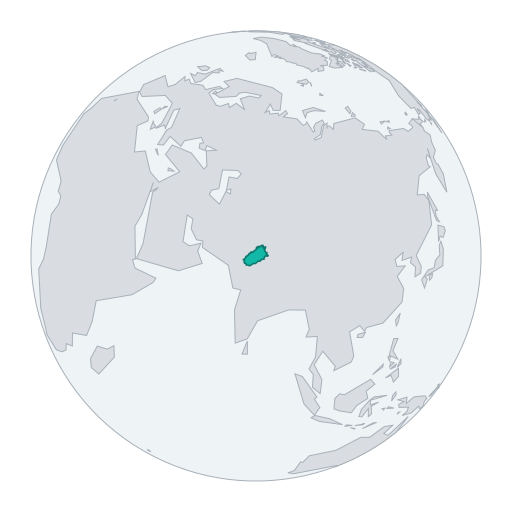 Punjab on an orthographic globe, rotated 27°
{"feature_id": "PAK-1113", "entity_name": "Punjab", "entity_type": "Province", "adm_level": 1, "iso_a3": "PAK", "parent_name": "Pakistan", "parent_adm1": "", "projection": "orthographic", "projection_center": [72.142, 30.862], "detail": "fine", "context": "on_globe", "style": "filled", "palette": "teal", "viewbox_px": 512, "rotation_deg": 27, "n_neighbors": 0, "source": "natural_earth", "source_scale": "10m", "svg_char_len": 14236}
<svg xmlns="http://www.w3.org/2000/svg" viewBox="0 0 512 512"><g transform="rotate(27 256 256)"><circle cx="256" cy="256" r="225" fill="#eef3f6" stroke="#a8b0b8"/><path d="M307.7,36.7L308.6,37.0L325.4,43.5L336.0,47.2L329.5,45.6L353.3,54.6L365.9,62.0L348.4,52.8L344.0,51.4L350.9,55.6L347.9,55.1L349.5,57.1L345.4,56.4L335.4,51.7L332.6,51.4L337.6,54.5L336.6,56.2L329.6,51.6L327.1,54.2L310.1,48.4L294.9,39.1L282.1,37.5L257.5,33.1L256.4,33.8L246.4,33.5L241.4,34.4L238.3,33.9L237.0,35.3L240.9,35.6L241.6,36.4L239.0,37.2L234.5,36.5L235.2,36.0L232.5,36.2L231.4,35.6L230.5,36.4L225.4,35.8L226.6,37.7L219.3,38.3L216.9,37.6L222.3,36.0L230.2,32.4L229.5,32.3L227.6,32.5L243.6,31.1L259.7,30.8L275.8,31.6L291.8,33.6L307.7,36.7ZM193.2,39.6L191.4,40.2L198.8,38.4L198.5,38.8L204.1,38.1L197.7,40.2L188.5,42.9L183.6,43.7L179.4,45.1L179.6,46.3L166.1,50.6L149.7,58.6L146.8,59.8L149.2,57.7L156.0,54.1L174.3,46.1L193.2,39.6ZM344.3,50.4L340.3,48.4L345.3,50.6L344.3,50.4ZM350.5,57.5L352.6,58.4L352.5,59.1L350.5,57.5ZM207.2,37.1L205.6,37.6L205.4,37.5L207.2,37.1ZM211.1,36.5L211.9,36.0L213.8,35.7L213.3,36.0L211.1,36.5ZM346.1,58.8L345.4,60.0L344.4,57.9L346.1,58.8ZM209.6,37.3L217.2,35.2L220.6,34.7L221.4,35.7L209.6,37.3ZM343.8,60.2L342.2,63.8L346.7,65.8L333.0,62.8L338.9,60.4L337.0,57.3L340.6,59.6L343.8,60.2ZM243.2,35.4L239.0,35.1L244.9,34.7L243.2,35.4ZM246.8,35.1L263.8,33.9L268.7,35.3L262.0,35.2L270.3,36.7L264.3,37.9L258.4,37.3L256.4,36.1L255.6,37.5L246.8,35.1ZM325.7,60.9L323.8,61.3L323.9,60.0L325.7,60.9ZM242.3,36.8L245.3,36.2L249.8,37.3L244.5,38.6L244.8,37.8L242.3,36.8ZM275.4,36.8L277.7,38.0L273.5,39.2L273.9,39.9L264.5,38.0L275.4,36.8ZM242.5,37.9L241.8,39.2L237.3,39.6L239.7,37.4L242.5,37.9ZM253.1,37.1L255.0,37.7L252.2,37.7L253.1,37.1ZM221.1,42.2L224.6,41.1L227.3,41.5L221.1,42.2ZM241.8,39.7L243.4,39.6L244.8,39.8L243.4,40.7L241.8,39.7ZM262.2,39.2L260.0,39.5L265.8,40.0L262.9,41.2L257.2,39.8L258.4,40.9L257.5,41.3L253.9,39.8L262.2,39.2ZM246.4,42.3L238.1,41.5L231.0,43.1L228.5,42.7L240.3,40.2L246.4,42.3ZM251.1,40.9L247.6,41.6L246.2,40.6L247.8,39.5L251.1,40.9ZM263.0,42.6L268.9,41.1L270.0,41.5L263.0,42.6ZM244.6,42.9L246.6,43.1L244.2,43.1L244.6,42.9ZM257.6,42.8L259.6,42.1L260.7,42.6L257.6,42.8ZM249.0,44.2L246.4,43.9L247.3,43.0L249.0,44.2ZM253.2,43.7L254.3,44.5L249.3,42.9L253.9,43.3L253.2,43.7ZM258.4,43.4L259.7,43.4L257.4,43.6L258.4,43.4ZM246.9,47.9L240.4,46.1L242.5,44.1L248.6,46.1L246.9,47.9ZM33.6,245.2L38.1,207.3L42.0,199.2L47.0,185.6L77.1,162.4L78.7,170.2L97.0,180.9L98.4,184.6L91.0,193.8L100.5,218.5L109.7,212.7L123.6,229.1L136.1,234.2L149.8,215.6L129.3,206.7L131.0,195.1L151.5,193.6L170.2,202.2L171.4,198.1L164.0,184.9L172.7,179.7L161.9,179.9L163.0,185.1L156.3,185.7L154.9,181.0L158.0,179.1L153.6,175.1L139.8,185.9L139.4,192.4L125.2,188.3L123.2,199.0L117.8,201.4L119.2,184.5L122.4,179.7L121.2,159.1L116.5,163.5L117.3,183.6L115.1,180.7L108.7,187.9L111.8,180.1L112.2,158.0L102.3,154.1L82.1,165.6L77.9,162.7L78.0,154.4L93.1,136.5L100.7,145.2L106.1,139.9L111.2,128.3L113.1,132.2L116.1,128.8L119.6,131.9L131.1,128.0L135.6,130.6L146.4,121.5L150.2,121.9L142.7,126.9L140.0,132.2L152.1,139.7L156.2,138.9L162.3,132.6L164.9,135.8L169.2,128.9L179.2,130.7L170.6,123.0L177.5,116.5L186.9,113.9L187.7,110.6L172.2,115.0L167.5,118.1L165.8,122.8L151.5,131.3L146.0,130.5L155.2,117.2L148.3,115.0L158.4,106.4L194.0,98.5L205.6,99.8L211.4,115.3L205.1,118.4L199.8,114.1L198.9,124.1L201.7,120.3L203.9,123.3L211.0,118.6L212.8,120.6L216.5,113.0L219.5,114.9L217.2,119.6L230.3,115.2L238.4,118.2L240.5,116.3L240.4,113.5L250.7,119.6L251.8,118.0L248.8,115.3L249.0,110.5L253.5,104.7L256.8,107.1L255.6,109.6L258.2,118.7L254.6,125.3L256.4,125.8L260.3,120.7L257.2,109.4L258.9,105.3L261.4,110.2L260.6,108.1L262.5,106.8L267.5,108.1L265.2,102.6L281.6,87.9L292.9,89.5L293.2,95.0L308.1,89.4L319.6,92.9L316.9,90.2L322.2,86.5L318.6,85.3L317.7,83.8L329.7,75.4L335.1,75.8L337.2,70.4L335.8,69.2L331.9,68.5L333.0,62.8L346.7,65.8L349.2,68.2L356.1,69.0L360.8,74.8L367.9,80.5L369.1,87.3L374.6,91.7L376.6,91.6L385.7,97.9L397.1,112.5L378.7,101.1L359.8,82.2L366.7,89.6L362.4,88.3L363.2,91.4L368.4,97.0L370.7,97.3L364.9,110.4L371.9,128.4L378.0,124.8L385.0,128.2L398.3,148.5L398.5,182.8L407.9,190.2L410.5,196.4L407.1,202.4L403.1,193.3L396.8,191.9L395.1,186.3L388.1,193.7L385.4,186.0L381.4,196.1L386.3,201.3L393.4,197.1L391.1,210.0L402.3,217.9L407.0,230.6L399.6,258.1L387.0,269.5L386.9,273.8L380.1,270.9L373.8,281.1L388.5,300.6L389.0,307.2L377.4,322.9L376.6,318.2L358.7,310.5L357.2,326.5L370.9,336.2L375.6,349.5L365.9,347.4L360.9,335.7L354.5,332.5L354.9,318.9L347.2,299.9L337.3,305.5L336.8,297.2L324.6,281.8L309.7,289.1L286.8,313.0L285.8,333.9L277.0,343.1L261.3,313.8L257.8,293.2L249.9,295.0L235.5,276.8L204.4,272.7L201.9,266.8L195.6,268.5L185.9,261.2L182.9,251.5L176.1,250.7L184.4,276.3L192.0,277.2L201.1,269.6L201.8,278.2L211.5,287.0L193.6,304.4L150.6,312.6L149.8,296.5L134.9,245.9L137.3,241.4L137.4,240.9L137.4,239.8L132.5,246.7L131.1,236.8L135.4,271.0L134.6,284.4L149.9,313.4L147.6,315.2L153.6,321.7L176.9,321.2L176.3,326.3L163.2,346.7L133.9,368.4L139.8,388.8L141.1,403.7L127.4,407.9L133.2,419.6L126.7,420.2L129.4,426.0L126.8,429.4L120.7,430.1L105.6,421.1L101.0,415.4L87.9,400.2L68.2,366.0L68.1,355.4L65.2,343.8L54.7,311.6L56.7,299.2L54.8,291.0L50.4,288.1L48.6,278.3L46.3,275.2L34.7,261.1L33.6,245.2ZM61.2,178.9L59.0,182.6L61.2,178.9ZM186.4,222.4L199.9,226.5L199.9,212.0L205.1,212.5L203.2,207.6L199.8,210.9L196.1,197.8L204.1,195.5L205.6,189.6L201.1,188.0L187.1,194.5L192.3,212.9L186.6,217.5L186.4,222.4ZM143.0,61.1L145.8,60.2L142.9,61.4L135.2,66.2L129.7,69.6L134.1,66.8L133.9,66.7L142.4,61.5L143.0,61.1ZM129.3,109.1L128.3,112.6L123.8,115.4L118.1,113.8L124.6,109.5L129.3,109.1ZM128.0,117.1L138.7,105.2L142.7,106.3L138.6,107.6L140.2,109.5L134.1,112.2L127.5,125.5L123.0,129.0L114.9,123.0L120.0,122.8L120.6,119.1L128.0,117.1ZM158.9,78.2L163.6,74.5L166.2,81.4L161.5,84.2L155.5,82.2L157.5,77.9L158.9,78.2ZM209.4,40.1L211.0,39.3L212.3,39.3L211.9,40.1L209.4,40.1ZM222.6,41.6L203.6,44.2L204.5,43.2L192.3,46.6L189.9,45.6L197.9,43.3L186.9,45.4L193.2,42.9L185.5,44.8L203.5,39.8L208.7,38.1L203.8,40.2L205.8,41.2L208.3,41.1L219.1,39.8L231.2,37.2L235.2,38.2L234.7,39.7L232.4,40.4L230.6,39.4L228.8,41.2L224.4,40.3L222.6,41.6ZM227.5,63.4L226.3,60.6L222.1,66.6L217.6,64.7L217.4,65.5L212.1,65.6L205.3,67.3L204.0,66.1L201.9,67.3L198.4,67.6L195.0,69.0L191.6,67.5L187.3,69.2L188.1,67.5L181.6,70.9L184.9,67.8L180.6,68.2L179.7,71.1L169.2,62.1L162.3,61.8L154.7,63.5L161.4,58.6L172.8,54.2L185.4,51.3L191.2,52.8L193.2,50.6L196.5,50.8L193.5,52.4L200.1,50.1L202.1,50.7L213.3,49.9L221.6,46.8L225.9,46.7L223.6,48.3L229.5,47.1L228.2,50.2L231.2,50.3L233.0,53.7L226.8,57.1L230.7,57.0L232.2,60.0L227.5,63.4ZM247.1,48.9L240.8,52.8L235.2,53.9L234.5,47.6L231.9,47.1L231.3,43.7L239.4,42.3L238.8,43.4L240.2,44.1L237.1,44.2L240.5,44.7L239.9,46.3L242.4,47.1L239.6,48.1L247.1,48.9ZM103.2,182.6L104.9,184.5L108.2,186.3L104.3,191.1L103.2,182.6ZM103.1,167.5L105.1,168.2L101.1,175.2L99.4,173.5L103.1,167.5ZM109.5,162.8L105.5,167.6L106.7,164.0L109.5,162.8ZM144.9,127.4L147.5,127.9L146.4,129.6L143.5,131.2L144.9,127.4ZM213.9,82.8L214.1,80.5L215.7,80.2L220.4,75.6L224.1,76.9L222.7,80.3L213.9,82.8ZM144.4,217.6L138.9,220.0L137.8,217.3L139.9,217.0L144.4,217.6ZM119.1,205.4L123.3,210.8L118.0,206.7L119.1,205.4ZM218.7,83.5L220.2,81.4L221.1,83.4L218.7,83.5ZM227.0,77.7L228.6,79.7L225.1,76.6L227.0,77.7ZM247.7,477.4L251.3,478.2L247.4,478.1L247.7,477.4ZM175.7,410.4L169.5,432.5L159.8,430.1L155.1,422.4L155.5,408.3L165.8,406.5L170.1,400.4L175.7,410.4ZM418.0,366.1L422.5,364.7L422.2,365.6L418.0,366.1ZM413.4,365.3L418.8,363.2L412.2,367.6L413.4,365.3ZM420.9,362.4L426.4,358.1L428.7,355.6L428.1,357.6L420.9,362.4ZM409.6,367.0L387.6,374.6L378.5,375.1L381.0,371.3L395.7,367.5L409.6,367.0ZM380.3,371.4L366.0,366.1L344.2,343.3L352.0,342.3L374.4,354.0L373.0,357.1L381.7,362.0L380.3,371.4ZM413.6,343.5L412.1,352.4L400.3,356.2L394.8,356.7L391.0,347.1L393.1,340.8L397.8,339.5L414.1,313.8L420.1,316.2L415.5,326.4L420.3,332.0L413.6,343.5ZM286.9,335.8L292.9,347.4L288.0,349.7L286.9,335.8ZM419.4,297.3L413.7,308.7L418.5,294.6L419.4,297.3ZM421.5,284.8L422.5,289.0L419.3,285.9L421.5,284.8ZM388.0,280.1L383.1,282.7L382.4,279.5L388.1,274.4L388.0,280.1ZM410.5,241.4L412.8,250.9L412.7,254.5L409.4,249.6L410.5,241.4ZM252.3,95.6L241.6,100.2L236.4,105.2L237.2,110.4L231.4,105.4L239.5,97.7L252.3,95.6ZM277.6,88.4L276.8,84.5L280.2,85.3L280.8,86.3L277.6,88.4ZM275.0,86.6L268.3,83.7L269.8,81.0L274.8,83.8L275.0,86.6ZM243.2,82.6L239.8,83.8L239.1,82.0L243.2,82.6ZM424.5,405.5L422.3,408.0L428.3,401.0L421.9,408.4L423.7,405.7L421.0,407.5L388.4,432.9L382.8,434.7L387.6,429.8L389.2,419.2L391.4,418.6L394.2,409.8L415.4,392.9L431.6,370.1L439.5,366.0L447.8,349.7L454.7,344.7L450.5,356.1L455.1,355.9L464.5,329.9L461.1,348.5L460.7,350.0L453.3,364.8L444.7,379.1L435.1,392.7L424.5,405.5ZM429.1,361.5L435.8,351.9L439.0,349.5L429.1,361.5ZM478.7,289.9L478.6,290.1L478.7,289.4L478.7,289.9ZM471.9,308.7L473.0,314.1L471.0,318.0L469.1,315.9L465.5,325.4L458.7,331.7L461.0,326.3L460.5,321.4L452.2,326.0L450.6,323.5L453.9,318.5L447.8,319.7L454.6,313.2L456.9,319.2L460.6,310.0L465.9,306.4L470.3,303.8L472.9,305.3L471.9,308.7ZM453.7,330.7L454.8,329.8L453.6,333.0L453.7,330.7ZM478.4,288.6L478.5,290.3L478.4,291.5L478.2,292.0L478.4,288.6ZM473.7,302.8L476.8,291.3L477.4,290.2L475.1,301.0L473.7,302.8ZM476.5,288.2L477.6,286.8L477.8,289.2L477.5,290.7L476.5,288.2ZM439.9,333.0L439.5,335.4L437.6,334.8L439.9,333.0ZM442.5,330.1L448.0,328.9L441.9,332.4L442.5,330.1ZM423.5,332.5L425.4,336.9L431.6,330.5L426.9,337.6L430.6,344.2L429.0,348.2L425.4,340.9L423.4,351.2L420.6,352.3L419.6,344.7L422.6,333.3L425.3,327.8L436.1,320.6L423.5,332.5ZM442.6,323.7L441.1,318.4L442.2,313.6L443.9,315.9L442.6,323.7ZM435.7,306.0L430.6,301.0L426.7,305.8L433.9,291.3L437.7,298.5L435.7,306.0ZM430.3,291.7L426.7,296.2L430.0,288.2L430.3,291.7ZM425.4,294.2L424.2,289.2L427.5,288.4L425.4,294.2ZM432.3,291.0L431.8,281.8L434.1,286.2L432.3,291.0ZM421.0,278.2L429.1,283.6L419.8,284.0L416.2,267.1L419.9,265.0L421.0,278.2ZM421.6,198.8L418.9,194.4L421.4,191.6L422.5,195.4L421.6,198.8ZM426.9,179.9L421.1,189.5L416.0,197.8L419.1,198.8L420.7,208.0L414.4,202.1L415.7,190.3L420.1,185.5L417.8,178.3L419.3,171.4L414.4,163.5L414.1,158.9L419.8,164.8L426.9,179.9ZM412.1,160.3L404.1,145.9L410.1,144.6L413.2,147.5L414.3,154.5L411.1,154.7L412.1,160.3ZM403.9,142.2L400.7,142.4L382.1,125.1L379.7,121.3L397.0,132.9L394.9,133.9L398.4,138.6L403.9,142.2ZM325.9,62.4L324.0,61.4L326.4,61.7L325.9,62.4ZM315.7,83.2L314.8,81.3L317.7,81.5L315.7,83.2ZM314.1,76.1L311.4,77.2L312.8,75.0L314.1,76.1ZM305.7,80.1L309.7,77.2L307.9,81.5L305.7,80.1Z" fill="#d9dde1" stroke="#a8b0b8" stroke-width="1"/><path d="M266.2,249.9L266.6,250.1L266.7,250.3L266.6,250.5L266.5,250.8L266.3,250.8L266.2,250.9L266.1,251.0L265.9,251.1L265.7,251.0L265.4,251.3L265.2,251.3L264.9,251.4L264.9,251.5L264.7,251.7L264.4,251.8L264.0,252.1L264.0,252.3L263.9,252.5L264.1,253.0L264.2,253.3L264.3,253.5L264.2,253.8L264.0,254.2L264.0,254.3L264.0,254.7L264.0,254.8L264.3,254.9L264.5,255.0L264.2,255.2L264.2,255.3L264.0,255.5L263.8,255.6L263.7,255.6L263.6,255.8L263.4,255.8L263.3,256.0L263.1,256.1L263.1,256.3L262.9,256.5L262.7,256.8L262.5,257.0L262.4,257.3L262.1,257.7L262.0,257.8L261.9,257.8L261.8,258.0L262.1,258.3L262.1,258.5L261.6,259.1L261.4,259.2L260.8,259.3L260.2,259.6L259.7,261.2L259.1,262.4L258.8,262.9L258.7,263.1L256.8,264.2L256.7,264.2L256.5,264.5L256.4,264.7L256.2,265.5L256.0,265.9L255.9,266.0L255.5,266.4L255.2,266.7L255.1,266.9L255.1,267.3L254.0,267.8L253.7,267.8L253.4,267.8L253.1,267.8L252.8,267.8L252.6,267.9L251.7,268.3L251.4,268.4L251.2,268.4L251.0,268.2L250.9,268.0L250.8,267.8L250.8,267.6L250.5,267.2L250.3,267.1L250.1,267.0L249.9,267.1L249.7,267.2L249.5,267.4L249.2,267.6L248.8,267.4L248.6,267.3L248.5,267.2L248.3,266.8L248.2,266.7L248.0,266.1L247.9,265.9L247.9,265.7L247.7,265.5L247.7,265.3L247.3,265.2L247.2,265.2L246.8,265.1L246.5,265.2L246.3,264.9L246.6,264.7L246.8,264.4L247.0,263.9L246.9,263.7L247.0,263.5L247.2,263.3L247.4,262.9L247.6,262.8L247.6,262.7L247.8,262.1L247.7,262.0L247.5,261.7L247.4,261.6L247.2,261.5L247.3,261.0L247.3,260.7L247.5,260.5L247.8,260.4L248.0,260.2L248.3,259.6L248.5,259.2L248.6,258.9L248.8,258.7L248.9,258.4L248.7,258.3L248.5,258.2L248.6,257.9L248.6,257.6L249.0,257.0L249.0,256.9L248.9,256.8L249.0,256.6L249.4,256.1L249.6,256.1L249.5,255.9L249.6,255.1L249.7,254.9L249.9,254.7L250.2,254.7L250.1,254.4L250.3,254.3L250.5,254.2L250.8,254.2L251.0,254.2L251.4,254.3L251.5,254.2L251.6,253.9L251.8,253.6L251.7,253.5L251.8,253.4L251.7,253.3L251.9,252.8L251.8,252.6L252.1,252.2L252.2,251.9L252.3,251.7L252.5,251.4L252.6,251.2L252.8,251.0L252.9,250.9L253.0,250.8L253.0,250.6L253.1,250.4L253.1,250.2L253.3,249.9L253.4,249.5L253.3,249.4L253.2,249.4L253.2,249.5L253.1,249.3L253.1,249.2L252.8,249.2L252.7,248.9L252.7,248.7L252.6,248.4L252.7,248.0L252.7,247.9L252.8,247.7L253.2,247.5L253.4,247.6L253.7,247.5L253.8,247.4L253.7,247.3L253.7,247.1L253.6,246.9L253.6,246.6L253.8,246.7L253.9,246.8L254.0,246.7L254.1,246.8L254.2,247.0L254.3,247.1L254.4,247.3L254.5,247.4L254.6,247.2L254.7,246.9L254.6,246.6L254.6,246.3L254.6,246.2L254.9,246.0L255.0,246.0L255.1,245.9L255.2,245.7L255.4,245.6L255.4,245.4L255.4,245.2L255.5,245.0L255.6,244.7L255.8,244.5L256.0,244.5L256.3,244.6L256.3,244.4L256.3,244.1L256.3,243.9L256.7,243.8L256.9,243.6L257.1,243.6L257.3,243.8L257.6,243.9L257.7,244.0L257.8,244.2L258.0,244.0L258.0,243.9L258.1,244.0L258.3,244.1L258.2,244.3L258.3,244.3L258.3,244.5L258.5,244.6L258.3,244.9L258.2,245.0L258.3,245.3L258.5,245.3L258.7,245.2L258.8,245.1L259.0,245.1L259.2,245.4L259.1,245.5L259.3,245.6L259.6,245.4L259.7,245.1L259.8,245.0L259.9,244.9L259.6,244.6L259.2,244.4L259.3,244.4L259.6,244.3L259.8,244.2L260.0,243.9L260.3,243.6L260.5,243.6L260.7,244.0L260.7,244.4L260.8,244.6L260.8,244.8L260.7,245.0L260.8,245.2L260.9,245.4L260.9,245.5L260.9,245.8L260.7,246.0L260.8,246.3L260.8,246.6L260.7,246.6L260.8,246.7L261.0,246.8L260.9,247.0L261.0,247.2L261.2,247.3L261.3,247.4L261.5,247.5L261.7,247.4L261.8,247.4L261.9,247.5L262.1,247.7L263.2,248.2L263.2,248.3L263.3,248.4L263.4,248.5L263.5,248.4L263.8,248.5L264.0,248.5L264.2,248.4L264.2,248.2L264.3,248.1L264.4,248.3L264.3,248.6L264.3,248.9L264.2,249.1L264.4,249.5L264.6,249.6L264.9,249.6L265.2,249.7L265.3,249.6L265.6,249.6L265.9,249.8L266.1,249.8L266.2,249.9Z" fill="#14b8a6" stroke="#0f766e" stroke-width="1.5"/></g></svg>